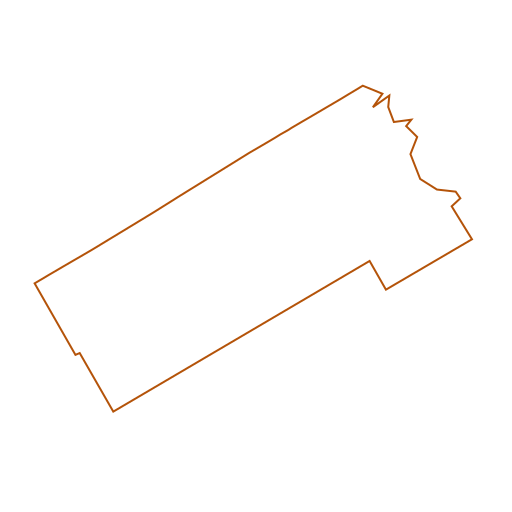 the district of Putnam, Missouri, United States of America, rotated 330°
{"feature_id": "52423323B64691104817228", "entity_name": "Putnam", "entity_type": "district", "adm_level": 2, "iso_a3": "USA", "parent_name": "United States of America", "parent_adm1": "Missouri", "projection": "equal_earth", "projection_center": [-92.899, 40.466], "detail": "fine", "context": "isolated", "style": "outline", "palette": "amber", "viewbox_px": 512, "rotation_deg": 330, "n_neighbors": 0, "source": "geoboundaries", "source_scale": "gbopen_adm2", "svg_char_len": 664}
<svg xmlns="http://www.w3.org/2000/svg" viewBox="0 0 512 512"><g transform="rotate(330 256 256)"><path d="M211.5,166.2L210.8,166.2L189.1,167.0L116.7,168.6L83.6,168.7L67.4,168.8L50.6,169.0L50.2,251.3L54.8,251.9L54.6,319.4L351.9,317.1L351.7,350.1L449.8,349.5L451.4,349.5L450.3,310.8L461.8,308.2L461.1,300.1L445.9,288.9L436.7,271.4L440.7,245.0L455.1,233.5L451.0,218.6L458.7,215.6L442.4,208.9L445.0,193.1L451.7,183.7L431.6,185.6L446.6,178.7L433.6,161.9L417.5,162.2L408.7,162.4L367.7,162.7L363.6,162.7L350.7,162.8L347.4,163.0L338.0,162.9L331.9,163.1L323.9,163.2L301.8,163.3L292.4,163.6L218.3,165.9L211.5,166.2Z" fill="none" stroke="#b45309" stroke-width="2"/></g></svg>